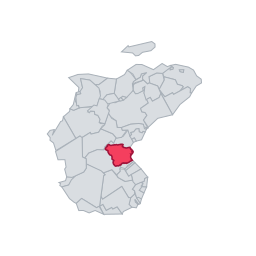 Nigeria highlighted on a map of Africa, rotated 240°
{"feature_id": "NGA", "entity_name": "Nigeria", "entity_type": "country or territory", "adm_level": 0, "iso_a3": "NGA", "parent_name": "Africa", "parent_adm1": "", "projection": "robinson", "projection_center": [7.751, 9.075], "detail": "fine", "context": "in_parent", "style": "filled", "palette": "rose", "viewbox_px": 256, "rotation_deg": 240, "n_neighbors": 49, "source": "natural_earth", "source_scale": "50m", "svg_char_len": 13263}
<svg xmlns="http://www.w3.org/2000/svg" viewBox="0 0 256 256"><g transform="rotate(240 128 128)"><path d="M164.9,133.4L176.2,142.5L176.0,151.7L178.4,156.2L176.6,157.6L166.0,159.1L164.3,154.0L158.0,151.4L155.6,147.0L155.1,142.0L158.1,139.3L157.4,133.9L164.9,133.4Z" fill="#d9dde1" stroke="#a8b0b8" stroke-width="1"/><path d="M74.6,64.4L74.4,68.1L67.6,68.0L67.4,74.2L65.5,74.4L65.2,79.2L56.4,80.0L65.4,63.8L74.6,64.4Z" fill="#d9dde1" stroke="#a8b0b8" stroke-width="1"/><path d="M155.1,142.0L158.0,151.4L153.7,151.8L152.8,159.8L155.4,160.7L155.5,163.4L150.2,159.3L139.5,158.1L138.7,148.8L135.2,148.0L132.9,150.5L129.5,150.7L127.1,145.4L118.2,145.2L121.3,142.0L123.4,143.2L126.5,139.7L130.0,132.1L131.9,120.9L133.9,118.9L140.2,121.3L147.1,118.3L150.8,118.4L153.1,120.7L155.9,119.9L159.0,125.7L156.3,129.6L155.1,142.0Z" fill="#d9dde1" stroke="#a8b0b8" stroke-width="1"/><path d="M181.4,135.2L180.1,124.3L182.5,120.8L188.6,118.9L194.5,111.6L185.6,108.8L183.1,105.4L184.3,103.2L187.6,105.7L201.3,101.8L199.4,111.4L194.6,120.8L181.4,135.2Z" fill="#d9dde1" stroke="#a8b0b8" stroke-width="1"/><path d="M176.2,142.5L164.9,133.4L167.3,126.5L165.1,120.8L167.8,117.7L173.9,122.3L181.9,121.6L180.1,124.3L181.4,135.2L176.2,142.5Z" fill="#d9dde1" stroke="#a8b0b8" stroke-width="1"/><path d="M144.7,111.1L143.1,110.0L142.4,109.3L142.5,106.6L139.0,100.5L141.2,92.9L143.0,93.1L142.7,82.4L145.1,82.4L145.0,77.6L170.0,77.6L171.6,85.8L173.7,87.3L170.5,89.8L169.5,98.1L165.4,105.2L164.9,110.0L162.1,101.3L159.2,107.2L156.3,106.1L154.1,108.2L149.4,108.1L145.8,106.1L143.3,110.1L144.7,111.1Z" fill="#d9dde1" stroke="#a8b0b8" stroke-width="1"/><path d="M142.7,83.5L143.0,93.1L141.2,92.9L139.0,100.5L141.0,104.0L130.6,111.9L124.9,113.0L122.0,107.9L125.2,106.8L123.3,98.7L121.1,96.1L124.6,90.6L125.9,81.5L123.6,75.5L125.7,74.1L142.7,83.5Z" fill="#d9dde1" stroke="#a8b0b8" stroke-width="1"/><path d="M126.5,200.6L127.5,199.4L130.9,201.8L133.9,200.3L134.1,191.4L136.1,196.4L137.6,196.1L141.2,192.6L146.1,193.1L154.3,184.8L158.0,185.2L159.3,190.4L159.0,194.0L157.3,193.7L156.5,196.2L157.6,197.5L160.9,196.2L159.3,201.1L150.5,210.8L145.4,213.7L138.9,213.5L133.7,215.8L130.3,214.2L130.2,208.1L126.5,200.6ZM152.6,201.5L150.8,201.3L148.5,203.8L150.6,205.4L152.6,201.5Z" fill="#d9dde1" stroke="#a8b0b8" stroke-width="1"/><path d="M152.6,201.5L150.6,205.4L148.5,203.8L150.8,201.3L152.6,201.5Z" fill="#d9dde1" stroke="#a8b0b8" stroke-width="1"/><path d="M158.0,185.2L151.4,183.4L145.8,174.3L149.6,174.7L156.6,168.8L162.0,171.8L161.3,180.5L158.0,185.2Z" fill="#d9dde1" stroke="#a8b0b8" stroke-width="1"/><path d="M154.3,184.8L146.1,193.1L141.2,192.6L137.6,196.1L136.1,196.4L134.1,191.4L134.3,184.3L136.3,184.2L136.6,175.5L145.8,174.3L151.4,183.4L154.3,184.8Z" fill="#d9dde1" stroke="#a8b0b8" stroke-width="1"/><path d="M134.3,184.3L133.9,200.3L130.9,201.8L127.5,199.4L126.5,200.6L124.2,197.0L122.4,184.9L117.2,173.2L145.4,173.9L136.6,175.5L136.3,184.2L134.3,184.3Z" fill="#d9dde1" stroke="#a8b0b8" stroke-width="1"/><path d="M56.6,98.0L54.7,95.3L58.0,91.1L61.3,90.7L66.3,95.5L67.6,100.8L56.6,101.0L56.3,99.1L62.7,98.2L56.6,98.0Z" fill="#d9dde1" stroke="#a8b0b8" stroke-width="1"/><path d="M67.6,100.8L66.3,95.5L67.4,93.7L80.5,93.4L79.0,70.4L82.2,70.3L99.0,83.2L99.0,84.7L101.4,84.5L100.0,93.2L90.0,94.7L83.7,98.3L80.6,105.9L75.0,106.3L72.7,101.2L70.5,102.3L67.6,100.8Z" fill="#d9dde1" stroke="#a8b0b8" stroke-width="1"/><path d="M56.4,80.0L65.2,79.2L65.5,74.4L67.4,74.2L67.6,68.0L74.4,68.1L74.6,64.4L82.2,70.3L79.0,70.4L80.5,93.4L67.4,93.7L66.3,95.5L61.3,90.7L57.3,91.8L58.0,82.2L56.4,80.0Z" fill="#d9dde1" stroke="#a8b0b8" stroke-width="1"/><path d="M97.9,115.9L96.1,116.2L95.7,108.9L93.8,105.6L98.3,101.3L100.3,105.0L98.0,110.4L97.9,115.9Z" fill="#d9dde1" stroke="#a8b0b8" stroke-width="1"/><path d="M123.6,75.5L125.9,81.5L124.6,90.6L121.1,96.1L123.3,98.7L122.4,100.7L120.1,98.0L111.4,99.9L103.8,97.4L101.0,98.2L99.9,102.7L94.4,99.8L93.0,94.8L100.0,93.2L101.4,84.5L117.6,74.0L122.2,76.4L123.6,75.5Z" fill="#d9dde1" stroke="#a8b0b8" stroke-width="1"/><path d="M123.1,99.8L125.2,106.8L122.0,107.9L125.2,112.4L123.2,119.6L126.3,126.9L112.8,125.5L110.3,120.2L110.9,117.8L113.8,114.0L117.3,114.1L123.1,99.8Z" fill="#d9dde1" stroke="#a8b0b8" stroke-width="1"/><path d="M94.1,104.3L96.1,116.2L94.4,116.7L92.1,105.0L94.1,104.3Z" fill="#d9dde1" stroke="#a8b0b8" stroke-width="1"/><path d="M92.2,104.3L94.4,116.7L86.0,118.9L85.9,104.4L92.2,104.3Z" fill="#d9dde1" stroke="#a8b0b8" stroke-width="1"/><path d="M75.0,106.3L78.9,105.5L86.1,107.6L86.0,118.9L75.5,120.5L75.9,117.2L73.7,115.4L75.0,106.3Z" fill="#d9dde1" stroke="#a8b0b8" stroke-width="1"/><path d="M63.0,100.5L70.5,102.3L72.7,101.2L75.0,106.3L74.4,112.4L72.4,113.3L71.2,110.3L69.6,110.8L68.4,106.7L63.8,109.4L59.8,104.2L63.0,100.5Z" fill="#d9dde1" stroke="#a8b0b8" stroke-width="1"/><path d="M56.6,101.0L63.0,100.5L62.8,102.4L59.8,104.2L56.6,101.0Z" fill="#d9dde1" stroke="#a8b0b8" stroke-width="1"/><path d="M74.0,112.4L73.7,115.4L75.9,117.2L75.5,120.5L67.6,114.6L70.2,110.6L72.4,113.3L74.0,112.4Z" fill="#d9dde1" stroke="#a8b0b8" stroke-width="1"/><path d="M63.8,109.4L68.4,106.7L70.2,110.6L67.6,114.6L63.8,109.4Z" fill="#d9dde1" stroke="#a8b0b8" stroke-width="1"/><path d="M80.6,105.9L83.1,98.9L90.0,94.7L93.0,94.8L94.4,99.8L96.8,100.4L94.1,104.3L85.9,104.4L86.1,107.6L80.6,105.9Z" fill="#d9dde1" stroke="#a8b0b8" stroke-width="1"/><path d="M150.8,118.4L144.5,118.7L140.2,121.3L133.9,118.9L131.7,122.6L128.9,122.0L126.5,125.6L123.1,117.8L124.9,113.0L130.6,111.9L141.0,104.0L142.4,109.3L150.8,118.4Z" fill="#d9dde1" stroke="#a8b0b8" stroke-width="1"/><path d="M131.7,122.6L130.0,132.1L126.5,139.7L123.4,143.2L119.2,141.9L117.7,143.4L115.9,140.8L117.5,139.4L116.7,137.8L119.1,135.8L122.1,137.1L123.1,134.3L121.8,131.0L122.7,128.2L120.6,127.9L120.2,125.6L126.3,126.9L128.9,122.0L131.7,122.6Z" fill="#d9dde1" stroke="#a8b0b8" stroke-width="1"/><path d="M116.3,125.6L119.9,125.5L120.6,127.9L122.7,128.2L121.8,131.0L123.1,134.3L122.1,137.1L119.1,135.8L116.7,137.8L117.5,139.4L115.9,140.8L111.0,133.8L112.5,128.6L116.3,128.5L116.3,125.6Z" fill="#d9dde1" stroke="#a8b0b8" stroke-width="1"/><path d="M112.8,125.5L116.3,125.6L116.3,128.5L112.5,128.6L112.8,125.5Z" fill="#d9dde1" stroke="#a8b0b8" stroke-width="1"/><path d="M158.0,151.4L163.2,154.6L161.9,164.5L163.0,165.1L156.5,167.1L156.6,168.8L149.6,174.7L141.5,173.7L138.8,170.2L139.0,162.5L143.4,162.5L143.3,157.7L150.2,159.3L155.5,163.4L155.4,160.7L152.8,159.8L153.0,153.4L154.2,151.6L158.0,151.4Z" fill="#d9dde1" stroke="#a8b0b8" stroke-width="1"/><path d="M162.3,153.6L165.5,155.8L165.9,164.1L168.2,166.6L166.6,172.0L165.6,166.7L161.9,164.5L163.7,156.7L162.3,153.6Z" fill="#d9dde1" stroke="#a8b0b8" stroke-width="1"/><path d="M166.0,159.1L172.2,159.2L178.4,156.2L179.0,166.8L176.0,171.8L165.8,179.2L166.8,189.8L161.5,192.8L160.9,196.2L159.3,196.1L158.0,185.2L161.3,180.5L162.0,171.8L156.7,169.7L156.5,167.1L163.0,165.1L165.6,166.7L166.6,172.0L168.2,166.6L165.9,164.1L166.0,159.1Z" fill="#d9dde1" stroke="#a8b0b8" stroke-width="1"/><path d="M159.3,196.1L157.6,197.5L156.5,196.2L157.3,193.7L159.3,196.1Z" fill="#d9dde1" stroke="#a8b0b8" stroke-width="1"/><path d="M117.7,143.4L119.2,143.2L118.2,145.2L117.7,143.4ZM118.5,145.9L127.1,145.4L129.5,150.7L132.9,150.5L135.2,148.0L138.7,148.8L139.5,158.1L143.5,158.4L143.4,162.5L139.0,162.5L138.8,170.2L141.5,173.7L117.2,173.2L121.5,158.6L118.5,145.9Z" fill="#d9dde1" stroke="#a8b0b8" stroke-width="1"/><path d="M157.5,137.0L158.1,139.3L155.1,142.0L154.4,138.0L157.5,137.0Z" fill="#d9dde1" stroke="#a8b0b8" stroke-width="1"/><path d="M197.2,160.4L199.3,169.3L197.8,169.3L191.0,191.8L187.3,193.4L184.6,191.9L183.5,186.5L186.3,178.4L185.5,173.5L186.7,170.6L190.7,169.5L197.2,160.4Z" fill="#d9dde1" stroke="#a8b0b8" stroke-width="1"/><path d="M56.3,99.1L60.1,97.3L62.7,98.2L56.3,99.1Z" fill="#d9dde1" stroke="#a8b0b8" stroke-width="1"/><path d="M112.3,57.4L108.3,48.1L110.1,41.2L112.3,40.2L113.6,41.8L115.3,40.9L113.6,47.6L116.4,50.5L112.3,57.4Z" fill="#d9dde1" stroke="#a8b0b8" stroke-width="1"/><path d="M74.6,64.4L74.7,60.9L90.2,52.6L88.6,45.5L90.6,44.2L96.1,42.0L110.1,41.2L108.3,48.1L111.4,53.0L113.0,59.5L112.0,67.6L114.1,71.8L117.6,74.0L104.3,83.4L99.0,84.7L99.0,83.2L74.6,64.4Z" fill="#d9dde1" stroke="#a8b0b8" stroke-width="1"/><path d="M169.8,96.0L170.5,89.8L173.7,87.3L175.7,92.4L184.1,100.2L182.5,100.6L177.4,95.8L169.8,96.0Z" fill="#d9dde1" stroke="#a8b0b8" stroke-width="1"/><path d="M65.4,63.8L73.0,58.3L73.9,51.9L78.9,48.1L81.1,44.1L88.6,45.5L90.2,52.6L74.7,60.9L74.6,63.8L65.4,63.8Z" fill="#d9dde1" stroke="#a8b0b8" stroke-width="1"/><path d="M170.0,77.6L145.0,77.6L144.5,54.3L152.3,56.0L156.4,54.3L158.5,55.8L163.2,55.1L164.9,59.3L163.5,63.4L159.5,58.7L167.3,72.9L167.0,74.9L170.0,77.6Z" fill="#d9dde1" stroke="#a8b0b8" stroke-width="1"/><path d="M143.9,53.5L145.1,82.4L142.7,83.5L125.7,74.1L122.2,76.4L114.1,71.8L112.0,67.6L113.2,54.8L116.4,50.5L124.1,52.6L125.1,54.8L132.1,57.5L135.5,51.5L143.9,53.5Z" fill="#d9dde1" stroke="#a8b0b8" stroke-width="1"/><path d="M194.5,111.6L188.6,118.9L177.0,122.8L169.7,120.3L162.7,112.2L169.8,96.0L172.3,96.5L172.9,94.7L180.9,98.4L182.5,100.6L181.4,104.2L183.6,104.5L185.6,108.8L194.5,111.6Z" fill="#d9dde1" stroke="#a8b0b8" stroke-width="1"/><path d="M182.5,100.6L184.6,101.0L183.6,104.5L181.4,104.2L182.5,100.6Z" fill="#d9dde1" stroke="#a8b0b8" stroke-width="1"/><path d="M164.9,133.4L155.6,134.4L159.2,121.9L165.1,120.8L166.1,122.4L167.3,126.5L164.9,133.4Z" fill="#d9dde1" stroke="#a8b0b8" stroke-width="1"/><path d="M157.4,133.9L158.1,136.7L154.4,138.0L155.0,135.0L157.4,133.9Z" fill="#d9dde1" stroke="#a8b0b8" stroke-width="1"/><path d="M158.3,122.6L155.9,119.9L152.1,120.4L143.3,110.1L147.3,105.8L149.4,108.1L154.1,108.2L156.3,106.1L159.2,107.2L161.4,104.1L160.6,102.0L163.1,101.5L164.9,110.0L162.7,112.2L167.8,117.7L163.8,121.9L158.3,122.6Z" fill="#d9dde1" stroke="#a8b0b8" stroke-width="1"/><path d="M121.2,97.8L121.5,98.3L121.9,98.8L122.2,99.3L122.4,100.4L122.4,100.6L122.5,100.8L122.5,101.0L122.9,101.1L123.2,101.2L123.3,101.4L123.4,101.5L123.4,101.9L123.3,102.3L123.3,102.6L123.3,102.9L123.3,103.0L123.1,103.3L122.9,103.4L122.5,103.7L122.4,103.7L122.2,103.7L122.0,103.8L121.8,104.0L121.4,104.6L121.1,105.3L121.0,105.8L120.8,106.4L120.5,106.7L120.5,106.9L120.5,107.0L120.4,107.6L120.4,107.8L120.0,108.0L119.8,108.2L119.7,108.5L119.7,108.8L119.6,109.2L119.5,109.5L119.4,109.8L119.2,110.0L118.7,110.2L118.5,110.6L118.3,110.9L118.3,111.1L118.2,111.8L117.9,112.3L117.9,112.5L117.5,113.1L117.4,113.2L117.3,113.4L117.4,113.6L117.5,113.7L117.5,113.8L117.4,113.9L117.1,114.2L116.9,114.3L116.9,114.8L116.7,115.0L116.4,115.3L116.2,115.4L115.9,115.4L115.8,114.8L115.7,114.7L115.4,114.4L115.1,114.1L114.8,113.9L114.7,114.0L114.6,114.3L114.4,114.4L114.2,114.4L113.9,114.3L113.9,114.2L113.6,114.3L113.3,114.5L113.2,114.6L113.0,114.9L112.8,115.2L112.6,115.4L112.5,115.5L112.4,115.6L112.2,115.7L111.9,116.0L111.5,116.5L111.4,116.7L111.3,117.0L111.2,117.4L111.1,117.8L111.0,118.5L110.8,118.8L110.6,119.1L110.5,119.3L110.5,119.5L110.4,119.5L110.2,119.6L110.1,119.4L109.8,119.1L110.0,119.8L109.9,120.0L109.3,120.0L108.8,120.1L108.5,120.1L108.3,120.0L108.3,119.8L108.2,119.8L108.1,120.0L107.7,120.0L107.6,119.9L107.4,119.7L107.5,119.9L107.4,120.1L107.1,120.4L106.9,120.4L106.8,120.1L106.7,119.8L106.7,119.6L106.7,119.8L106.7,120.2L106.8,120.5L106.6,120.5L106.3,120.5L106.3,120.3L106.2,120.2L106.2,120.5L105.6,120.6L105.5,120.3L105.4,120.4L105.4,120.7L105.1,120.7L104.9,120.5L104.8,120.4L104.5,120.3L104.1,119.8L104.0,119.6L103.9,119.3L103.8,119.1L103.6,118.6L103.8,118.6L103.7,118.5L103.6,118.3L103.6,118.1L103.8,118.0L104.0,117.9L103.7,118.0L103.3,117.8L103.3,117.6L103.7,117.5L103.8,117.4L103.7,117.4L103.5,117.2L103.4,117.4L103.2,117.5L103.1,117.4L103.1,117.2L102.9,117.0L102.5,116.4L102.0,116.0L101.6,115.7L101.0,115.5L99.6,115.5L99.6,115.4L100.2,115.1L99.6,115.2L99.3,115.5L98.1,115.6L97.9,115.6L98.0,115.1L98.0,114.9L98.0,114.6L98.0,114.4L97.9,114.1L98.0,114.0L98.0,113.9L98.0,113.7L98.0,113.1L98.1,112.9L98.0,112.7L97.9,112.6L97.9,112.3L97.9,112.1L97.9,111.9L97.9,111.5L97.9,111.0L97.9,110.7L98.0,110.6L98.0,110.1L98.0,109.7L98.1,109.1L98.3,109.1L98.7,109.0L98.8,108.7L98.9,108.4L98.8,108.1L99.0,107.8L99.3,107.6L99.3,107.3L99.3,107.2L99.6,107.1L99.8,107.0L99.8,106.8L99.9,106.4L99.8,106.1L99.9,105.9L100.0,105.7L100.2,105.8L100.2,105.7L100.4,105.3L100.3,105.2L100.2,104.9L100.2,104.7L100.1,104.4L100.1,104.1L99.9,103.9L99.6,103.4L99.6,103.1L99.8,102.8L99.9,102.6L100.0,102.6L100.0,102.4L99.9,102.3L99.9,102.2L100.0,102.0L99.9,101.8L99.9,101.4L100.0,100.9L100.0,100.6L100.2,100.4L100.6,100.0L100.8,99.6L100.9,99.3L101.0,98.4L101.6,97.9L101.9,97.8L102.2,97.7L102.5,97.6L103.1,97.7L103.4,97.6L103.6,97.4L103.8,97.4L104.7,97.6L105.4,97.9L105.5,97.8L105.8,98.0L106.1,98.3L106.3,98.5L106.7,99.2L106.8,99.4L107.0,99.4L107.1,99.5L107.4,99.4L107.5,99.3L107.7,99.2L107.9,99.2L108.8,98.6L109.2,98.7L109.5,98.8L110.2,99.3L110.9,99.7L111.3,99.8L111.8,99.9L112.7,99.9L113.4,99.1L113.6,99.0L113.9,98.8L114.0,98.8L114.5,98.7L115.6,98.6L116.5,98.6L117.1,98.7L117.8,99.0L118.0,99.2L118.5,99.3L118.8,99.2L119.2,98.7L119.4,98.5L119.6,98.4L120.0,98.2L120.3,98.1L120.6,97.8L120.8,97.8L121.2,97.8ZM107.8,120.3L107.6,120.4L107.4,120.4L107.6,120.1L107.8,120.2L107.8,120.3Z" fill="#f43f5e" stroke="#9f1239" stroke-width="1.5"/></g></svg>